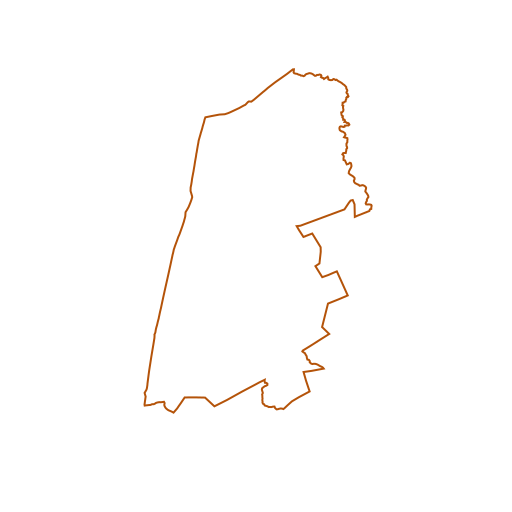 Kapseret, Rift Valley, Kenya, rotated 43°
{"feature_id": "3690345B11020389245436", "entity_name": "Kapseret", "entity_type": "district", "adm_level": 2, "iso_a3": "KEN", "parent_name": "Kenya", "parent_adm1": "Rift Valley", "projection": "orthographic", "projection_center": [35.238, 0.421], "detail": "fine", "context": "isolated", "style": "outline", "palette": "amber", "viewbox_px": 512, "rotation_deg": 43, "n_neighbors": 0, "source": "geoboundaries", "source_scale": "gbopen_adm2", "svg_char_len": 5541}
<svg xmlns="http://www.w3.org/2000/svg" viewBox="0 0 512 512"><g transform="rotate(43 256 256)"><path d="M304.4,140.5L303.3,141.3L302.6,142.1L301.4,143.1L300.3,142.7L299.7,141.3L299.5,140.0L298.6,139.2L298.2,137.8L298.0,136.2L296.9,135.4L295.7,135.0L294.0,134.6L292.0,134.3L291.2,133.1L290.6,131.8L290.0,131.0L289.1,130.7L287.8,130.7L286.3,131.1L285.4,131.7L284.7,132.9L283.8,134.0L282.4,133.9L281.5,134.4L280.4,134.6L279.1,135.1L277.6,135.0L276.3,134.3L275.6,132.4L274.6,131.6L273.5,131.6L272.3,131.6L270.5,132.0L268.9,132.3L267.3,132.2L266.2,130.5L265.5,128.1L265.2,126.6L264.5,125.1L263.1,124.0L262.1,123.4L261.0,123.8L260.8,125.6L259.9,127.1L258.2,126.4L255.9,125.4L254.6,126.1L253.7,125.3L252.2,123.2L251.0,122.7L249.9,122.8L249.6,121.3L250.4,120.3L251.4,119.5L250.6,118.2L250.1,117.3L249.2,116.3L249.1,115.0L248.3,114.2L247.3,113.9L246.4,113.1L245.5,112.1L245.2,110.5L244.0,109.2L243.4,108.3L242.4,107.5L241.4,108.0L240.3,108.7L239.4,109.1L239.2,107.8L238.8,106.3L237.1,105.5L235.6,105.7L234.5,105.9L233.7,106.5L232.5,106.7L231.5,106.8L230.5,106.2L229.7,105.5L229.2,104.3L229.6,103.3L230.6,102.7L231.9,102.1L232.6,101.1L232.0,100.1L233.1,99.0L233.8,98.1L234.6,97.5L234.7,96.3L233.5,95.8L232.4,96.0L231.6,96.8L230.1,96.8L229.3,97.6L228.9,96.5L228.0,96.0L226.8,96.9L226.1,95.9L224.6,95.7L224.2,94.5L222.8,94.7L221.6,93.9L220.4,92.9L221.0,92.0L220.9,90.5L220.2,89.4L218.9,88.5L217.9,87.6L217.5,86.7L216.4,86.9L215.8,86.0L214.8,84.8L215.5,84.1L215.5,83.0L216.1,81.9L215.2,80.6L214.9,79.4L214.1,78.7L214.0,77.7L214.8,77.1L214.7,76.1L213.4,75.7L212.6,75.0L211.4,75.1L210.5,74.6L210.1,72.9L209.1,72.2L207.9,72.0L206.7,70.9L205.5,70.8L204.0,70.7L202.4,71.0L201.0,71.0L199.8,71.2L198.5,71.5L197.3,71.9L195.8,72.1L194.7,72.1L194.1,73.1L192.9,73.2L191.9,73.8L191.8,75.2L190.9,76.3L189.6,77.2L188.4,77.5L187.4,76.5L186.1,76.0L185.8,77.4L185.3,78.7L185.0,80.2L183.8,80.0L182.8,80.6L181.5,80.9L181.1,79.7L179.9,79.3L178.7,79.9L178.1,81.1L177.1,82.0L176.9,83.2L176.3,84.0L174.8,84.2L173.5,84.3L172.2,84.7L171.1,85.3L170.2,86.0L169.6,87.2L168.7,88.7L168.5,89.9L168.6,91.0L168.2,92.0L166.7,92.6L165.9,93.4L164.6,93.6L163.3,94.4L161.9,94.7L160.8,95.5L159.3,96.3L158.3,96.1L157.4,94.9L156.4,93.6L155.7,94.3L154.5,101.7L153.3,107.5L151.8,114.6L151.6,115.6L151.4,116.7L150.2,124.0L150.0,125.2L149.9,126.5L149.5,130.0L149.3,131.0L149.2,132.1L148.8,135.4L147.9,143.1L147.3,146.3L145.4,147.8L145.1,149.0L145.1,150.7L145.1,152.7L144.5,154.1L143.7,156.5L143.3,157.8L142.8,159.3L139.3,168.0L138.7,169.4L138.1,170.7L136.5,173.6L132.9,177.4L132.0,178.6L128.1,183.9L124.4,189.1L125.4,191.4L126.3,192.9L127.0,194.2L127.7,195.7L128.7,197.7L129.5,199.1L130.0,200.1L130.9,201.9L131.7,203.6L132.2,204.5L135.0,210.0L135.6,211.1L136.2,211.9L138.3,215.2L140.0,217.8L140.8,219.0L142.0,220.8L142.5,221.7L143.2,222.7L144.4,224.4L144.9,225.2L145.8,226.6L147.1,228.6L149.7,232.4L150.2,233.2L150.8,234.1L152.2,236.2L152.8,237.1L153.4,238.1L156.7,243.3L158.3,245.5L159.1,246.7L159.9,247.9L161.5,250.5L163.0,252.2L163.8,253.1L165.7,254.2L168.4,255.8L169.3,256.6L170.5,259.1L171.4,261.2L171.8,262.2L172.3,263.5L173.3,266.2L174.0,269.0L174.6,272.0L177.2,275.2L178.2,277.0L178.7,278.0L179.9,280.2L180.7,282.0L181.6,283.9L183.9,289.2L185.1,292.0L185.7,293.6L186.0,294.7L187.6,298.3L189.6,303.1L190.2,304.5L190.9,306.0L191.4,307.2L192.5,309.0L193.5,310.7L194.1,311.9L194.9,313.2L199.1,320.2L202.6,326.1L204.9,330.0L211.4,341.1L216.0,348.9L218.8,353.6L222.0,358.9L223.8,362.1L226.1,365.9L226.6,366.8L227.4,368.0L228.6,370.3L230.2,373.1L231.0,374.5L231.5,375.6L232.7,377.8L234.5,380.5L235.0,381.7L235.3,382.7L236.1,383.4L237.6,385.2L241.3,390.7L243.6,394.2L247.9,400.7L251.9,406.6L255.7,412.2L257.6,414.9L263.7,423.4L264.6,424.5L265.9,426.4L266.6,427.5L267.1,428.6L267.9,432.1L271.2,434.1L272.0,435.3L273.0,436.7L273.8,437.9L274.9,439.4L275.7,440.6L276.6,441.3L277.4,440.3L278.1,439.5L279.3,438.1L280.4,436.9L281.1,435.2L282.3,434.1L282.8,432.9L283.0,431.8L283.7,430.5L284.9,428.9L286.1,427.9L287.2,426.6L288.1,425.4L289.5,425.9L290.5,427.5L291.7,428.2L293.0,428.6L294.1,428.8L296.2,428.7L297.5,428.4L299.6,427.6L300.9,427.2L302.5,426.8L302.3,421.2L301.9,418.8L301.4,415.0L300.3,408.1L307.7,401.1L315.3,394.3L328.1,394.3L333.0,381.0L338.3,364.6L343.3,350.2L344.7,346.0L346.8,340.6L347.4,341.5L349.0,342.6L350.2,341.7L351.4,341.6L352.3,342.6L351.9,344.0L351.2,345.3L350.9,346.8L350.7,348.6L351.4,349.7L352.7,350.5L354.4,351.5L355.0,353.2L356.0,353.9L356.9,354.9L358.0,355.8L358.8,357.0L360.1,358.0L360.7,358.8L361.9,359.3L363.1,358.9L364.3,359.4L365.5,358.8L366.9,358.1L368.3,357.8L369.1,357.0L370.3,356.0L371.2,354.5L372.2,353.5L373.4,354.1L374.5,354.2L375.7,354.1L376.5,353.1L377.1,352.0L378.1,350.6L379.4,349.7L380.4,349.3L380.6,348.1L380.9,343.5L381.4,337.8L381.8,336.4L383.7,329.9L387.6,318.5L377.5,313.0L369.9,308.4L375.0,302.1L382.3,292.2L381.1,292.0L379.7,292.2L378.1,292.8L376.6,293.1L375.2,293.4L373.9,293.9L372.8,294.5L371.6,295.6L370.9,296.6L369.6,297.1L367.8,297.1L367.0,296.2L365.5,295.9L364.2,296.7L362.8,295.9L361.7,295.0L360.8,294.5L359.5,294.3L358.2,293.7L356.7,294.0L355.0,294.2L354.7,293.3L357.1,284.6L359.5,275.3L362.7,263.1L352.8,262.9L341.1,241.7L345.9,231.5L350.0,222.3L336.9,216.8L325.6,212.1L324.1,215.4L321.9,220.5L318.9,226.3L306.4,222.9L307.5,218.2L300.5,208.8L297.3,205.5L281.8,201.2L277.7,209.7L269.7,207.7L265.4,206.4L267.8,203.6L288.9,161.6L287.6,153.6L287.4,150.9L288.6,149.1L292.8,151.0L301.6,160.0L302.7,157.4L308.2,145.8L307.5,144.2L308.2,143.0L307.1,141.7L306.3,140.4L305.4,140.0L304.4,140.5Z" fill="none" stroke="#b45309" stroke-width="2"/></g></svg>